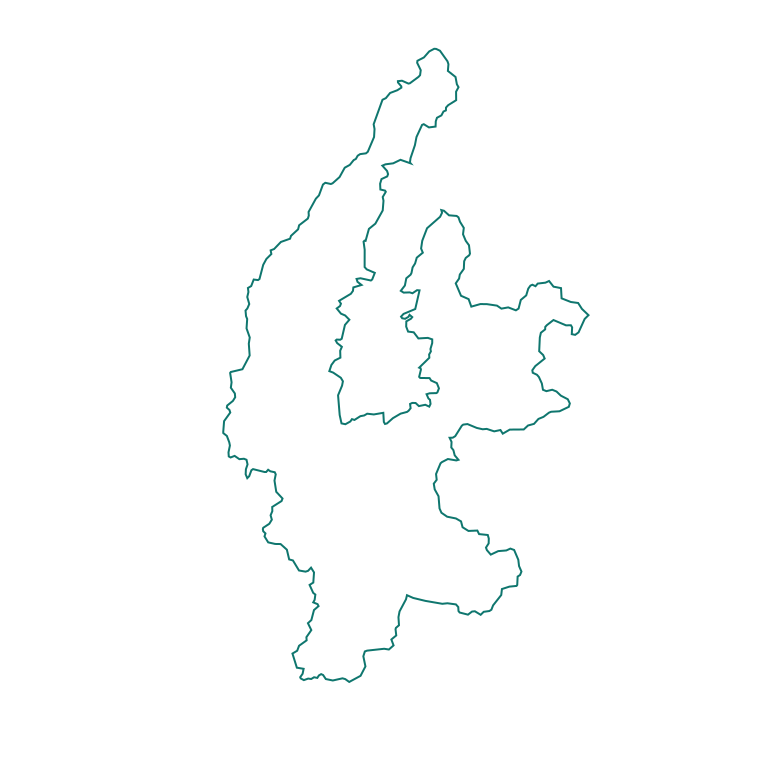 Hoa An, Cao Bằng, Vietnam, rotated 235°
{"feature_id": "81297802B75378675708985", "entity_name": "Hoa An", "entity_type": "district", "adm_level": 2, "iso_a3": "VNM", "parent_name": "Vietnam", "parent_adm1": "Cao Bằng", "projection": "albers", "projection_center": [106.208, 22.687], "detail": "fine", "context": "isolated", "style": "outline", "palette": "teal", "viewbox_px": 768, "rotation_deg": 235, "n_neighbors": 0, "source": "geoboundaries", "source_scale": "gbopen_adm2", "svg_char_len": 6166}
<svg xmlns="http://www.w3.org/2000/svg" viewBox="0 0 768 768"><g transform="rotate(235 384 384)"><path d="M549.4,532.4L550.6,532.3L553.8,535.3L561.9,546.3L567.7,552.3L574.4,563.8L574.0,565.6L568.4,568.0L565.3,573.9L569.5,577.1L571.7,580.1L571.1,585.1L573.1,589.0L572.6,591.6L574.9,593.4L575.6,596.6L575.1,605.9L582.1,610.7L584.4,615.3L587.7,615.6L594.5,618.7L603.8,615.9L609.0,620.2L611.9,621.1L624.9,621.0L628.6,618.9L629.8,617.4L630.5,611.8L628.6,604.0L629.6,596.8L628.1,595.4L620.0,594.1L616.3,590.7L615.8,588.5L615.5,577.7L616.1,576.3L622.1,572.7L624.1,569.1L623.0,568.4L617.9,568.9L616.8,568.2L617.0,563.4L618.9,555.9L617.1,549.5L617.7,545.8L602.7,524.5L598.3,522.5L592.0,517.5L583.5,503.9L583.3,501.5L586.0,496.3L586.1,493.4L584.5,490.0L584.8,487.6L583.1,481.7L583.7,475.9L579.0,466.3L577.9,457.0L578.3,455.2L582.5,451.3L582.4,448.4L575.8,438.9L574.9,434.5L568.2,420.9L565.1,419.0L563.2,416.5L562.7,405.5L560.0,402.4L558.7,392.8L556.9,390.4L559.5,381.0L557.6,371.4L558.5,367.8L555.1,366.3L553.9,359.4L550.9,353.4L541.4,342.2L541.4,340.4L544.3,337.2L540.4,331.4L540.7,327.6L537.1,325.7L533.7,321.9L526.8,319.5L524.2,315.3L523.6,312.7L518.7,309.9L515.7,309.2L508.4,303.3L499.1,300.7L494.6,296.4L484.4,290.3L477.3,276.5L481.7,265.4L481.3,264.3L472.8,260.1L468.8,256.4L461.8,256.4L458.5,254.5L456.8,250.5L456.3,243.2L454.8,241.7L451.4,242.5L448.8,241.7L445.3,231.7L436.8,224.7L435.9,224.2L431.6,225.5L425.0,223.8L422.0,222.5L417.2,217.4L413.7,215.3L411.8,216.2L410.8,220.4L405.4,222.4L403.1,226.4L400.8,227.9L396.4,226.1L393.4,222.0L389.4,218.9L385.3,218.0L385.8,220.7L389.4,225.9L389.4,227.9L380.3,235.8L379.5,237.0L380.2,239.9L377.7,240.8L374.4,243.9L372.1,243.5L367.7,238.9L357.5,233.9L348.4,235.2L346.9,233.0L347.4,221.9L343.9,219.6L341.5,215.8L337.2,214.3L335.3,209.9L335.5,202.6L334.6,201.5L332.6,200.6L329.6,201.2L327.7,198.7L320.7,198.3L315.4,203.1L312.2,207.5L304.0,209.4L294.7,205.7L291.7,208.2L280.0,207.4L275.3,212.1L274.5,214.6L275.4,218.9L269.8,218.6L261.9,212.2L262.1,207.8L253.5,206.2L250.9,207.0L247.0,203.4L245.7,200.8L241.8,203.3L239.6,203.0L239.0,197.0L232.3,189.1L231.7,184.5L224.1,183.3L221.1,175.2L218.4,173.6L218.3,164.3L215.3,159.9L215.7,154.4L201.6,149.9L196.8,154.8L193.3,151.1L191.9,147.2L190.6,146.9L187.4,148.5L186.2,152.9L184.1,155.2L183.9,158.5L181.5,160.8L182.6,163.5L182.4,166.1L180.5,167.2L175.7,167.1L170.5,172.0L166.7,181.2L164.5,183.0L159.9,184.6L158.4,197.4L163.3,206.8L172.8,210.9L175.9,214.9L175.3,217.2L167.0,232.3L163.7,235.7L164.4,241.9L170.5,243.5L171.0,249.8L176.5,252.8L177.4,253.9L177.8,257.9L184.7,262.1L188.8,266.3L195.0,278.5L197.8,281.7L192.0,285.2L182.6,293.5L170.5,305.7L168.0,310.2L162.2,316.5L158.7,316.9L155.3,314.8L153.4,314.9L146.9,320.5L147.1,325.6L145.7,328.1L139.5,330.8L140.2,335.0L137.6,340.1L137.5,342.5L140.1,346.4L143.9,359.0L148.4,363.0L146.1,370.5L142.6,376.7L143.0,377.9L149.6,383.0L149.5,385.9L151.5,389.0L157.4,390.2L163.0,393.2L173.4,395.4L176.7,393.1L177.5,388.7L181.6,381.7L183.0,373.6L188.9,373.0L191.5,373.7L193.4,378.3L197.3,381.2L200.8,382.4L206.5,375.8L210.4,376.4L215.2,368.9L221.6,366.2L227.3,368.3L232.6,365.8L239.1,359.6L245.6,357.2L250.2,358.1L260.8,364.3L268.6,365.1L273.8,367.6L275.3,372.2L280.4,375.0L286.6,384.8L286.8,386.6L285.9,393.3L279.9,399.4L279.2,401.5L285.0,401.0L290.0,402.9L293.4,402.7L297.8,406.1L302.3,406.9L300.6,409.5L300.4,412.4L305.2,423.8L305.3,425.6L303.3,429.4L294.8,434.8L290.3,438.9L288.3,442.4L282.0,447.1L279.5,453.0L275.2,452.8L274.5,460.9L266.6,472.4L267.4,478.2L265.3,484.0L266.8,490.5L265.6,495.8L265.9,502.7L265.4,505.0L261.0,512.1L259.3,522.3L261.5,525.1L266.1,525.8L273.0,522.2L278.9,521.0L282.8,518.5L285.0,512.9L288.1,510.9L293.9,513.6L300.9,514.9L303.8,514.6L307.9,512.3L310.2,513.4L311.9,518.2L312.7,530.2L316.4,531.0L321.8,529.9L332.7,538.3L336.0,541.9L336.3,547.3L338.3,548.9L338.8,551.2L339.2,559.5L327.7,566.7L324.9,570.8L322.5,570.6L317.1,566.4L314.6,568.8L314.7,573.0L322.2,585.7L323.1,591.0L332.0,589.2L339.0,589.5L344.0,584.1L352.3,578.6L361.0,584.0L366.5,578.7L373.7,578.3L374.4,574.4L378.1,567.5L377.2,564.2L380.2,562.5L380.6,560.4L379.4,556.9L375.0,551.3L374.4,544.3L368.6,537.5L368.7,534.3L375.5,529.7L378.4,523.4L383.4,521.5L390.3,514.2L394.2,508.8L397.3,499.9L405.0,502.0L412.1,497.7L425.3,500.5L427.3,506.0L430.2,508.9L432.5,515.4L438.6,520.1L440.4,523.3L440.6,527.7L441.5,529.2L448.9,533.2L454.4,533.1L461.3,534.6L466.1,538.9L473.3,539.3L477.8,540.6L480.0,539.9L484.9,534.0L491.5,532.5L493.6,530.7L491.0,529.8L488.8,525.9L486.9,508.6L479.4,497.5L473.7,492.1L469.3,491.1L468.7,483.3L464.9,478.6L463.1,474.3L459.2,470.2L458.3,468.5L457.8,462.9L452.7,457.6L450.7,451.2L447.6,452.5L444.3,457.6L442.0,459.4L441.9,464.9L440.3,466.8L427.5,452.6L430.2,440.2L429.4,436.6L427.4,436.6L425.3,438.7L425.0,442.6L426.0,444.6L422.6,445.5L422.0,443.5L422.5,438.2L418.3,435.1L413.1,433.8L409.3,438.0L401.6,438.3L396.6,446.4L392.9,449.1L389.9,447.0L386.0,442.1L383.8,441.1L382.3,437.9L379.5,436.2L377.2,422.2L375.9,423.0L374.6,422.5L369.7,416.9L368.2,417.1L362.7,424.7L359.8,424.6L354.4,427.8L348.9,426.5L346.5,422.9L346.5,421.7L350.2,416.1L351.2,413.0L346.7,412.1L344.7,412.6L341.0,410.7L339.5,408.1L343.3,405.9L345.9,399.9L350.3,399.0L352.3,396.3L352.7,393.9L348.9,391.9L348.0,388.9L347.9,386.9L350.2,380.6L350.9,371.7L350.0,363.8L350.7,361.9L353.0,362.1L360.8,366.9L364.9,358.2L369.3,353.2L369.6,349.7L371.2,346.2L371.5,339.2L373.6,337.6L372.6,334.9L373.2,329.3L376.1,326.6L384.0,329.9L401.1,339.9L406.7,348.7L409.8,351.9L413.9,352.2L422.5,348.9L425.9,346.6L429.8,351.9L431.5,357.1L430.6,363.4L436.4,367.2L438.6,370.8L444.4,369.1L447.4,369.4L447.5,370.8L445.4,373.5L445.3,375.3L454.8,385.9L456.5,392.5L462.4,391.5L466.3,389.1L473.0,388.6L473.1,392.7L474.5,394.8L477.9,394.9L476.9,408.6L478.1,412.0L480.7,414.3L478.0,422.4L482.9,420.9L485.8,421.8L484.1,425.4L476.3,432.6L476.4,434.3L480.3,440.2L487.8,435.6L490.9,435.2L505.1,445.2L512.3,448.9L512.6,450.3L511.8,451.0L519.7,460.6L520.3,468.9L526.9,482.5L534.4,488.7L537.9,490.2L540.4,495.7L541.8,495.8L545.4,492.6L550.3,495.7L553.3,499.5L552.2,505.7L553.6,507.7L556.7,508.7L563.8,507.9L563.1,511.2L559.5,518.1L558.2,526.1L549.4,532.4Z" fill="none" stroke="#0f766e" stroke-width="2"/></g></svg>